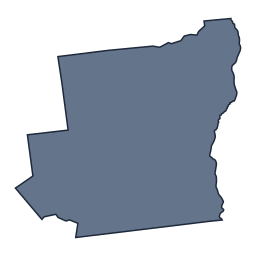 the district of Essex, New York, United States of America
{"feature_id": "52423323B12520146334260", "entity_name": "Essex", "entity_type": "district", "adm_level": 2, "iso_a3": "USA", "parent_name": "United States of America", "parent_adm1": "New York", "projection": "natural_earth1", "projection_center": [-73.449, 44.146], "detail": "fine", "context": "isolated", "style": "filled", "palette": "slate", "viewbox_px": 256, "rotation_deg": 0, "n_neighbors": 0, "source": "geoboundaries", "source_scale": "gbopen_adm2", "svg_char_len": 2127}
<svg xmlns="http://www.w3.org/2000/svg" viewBox="0 0 256 256"><path d="M27.4,134.8L32.9,176.0L15.4,188.1L41.9,219.4L44.2,216.8L55.8,214.3L58.1,217.5L66.0,221.0L69.5,219.9L77.9,223.3L75.7,237.5L209.5,221.3L222.2,220.0L221.9,219.4L221.4,218.7L219.8,217.6L219.4,216.7L219.3,216.3L219.9,214.3L220.3,213.5L221.7,212.1L222.8,211.6L223.4,210.7L223.7,210.0L223.7,209.7L223.4,209.3L221.9,208.0L221.6,207.3L221.7,206.2L222.2,204.7L223.3,202.1L223.4,201.7L222.9,200.4L221.3,197.5L218.6,194.2L218.3,193.5L217.5,190.4L216.1,186.9L215.9,186.0L216.5,181.7L216.3,176.6L215.3,174.4L215.0,173.2L215.0,172.4L215.3,171.5L216.4,164.6L216.4,163.3L216.1,162.2L216.1,161.9L215.4,160.4L214.6,159.6L213.4,159.0L212.7,158.8L211.7,157.4L211.1,157.1L209.8,156.1L209.6,155.4L210.8,150.4L211.2,148.1L211.4,146.0L214.2,140.6L215.3,136.9L215.2,135.6L214.8,133.3L214.3,131.8L214.3,131.4L215.2,130.1L216.0,129.7L217.0,128.3L217.2,127.9L217.8,125.3L218.0,123.4L218.7,122.4L218.7,122.1L218.5,121.6L218.3,120.9L218.4,120.2L218.6,119.7L219.8,118.7L220.0,118.2L219.7,116.1L219.8,115.6L220.2,115.2L220.9,115.1L221.2,115.0L221.6,113.9L222.5,113.3L223.1,113.1L223.7,112.5L224.1,111.9L225.9,110.8L226.0,110.3L226.8,108.7L227.4,107.8L227.4,106.9L227.5,106.7L228.3,106.0L228.5,104.8L230.2,103.7L230.0,102.7L231.4,102.3L232.0,101.9L232.7,101.0L233.0,101.0L234.0,101.2L235.0,99.6L235.7,97.3L236.4,95.6L236.5,95.3L236.9,92.8L236.6,91.3L235.7,89.2L234.5,85.4L234.1,83.1L234.0,80.6L234.1,78.9L234.1,76.6L233.9,75.3L233.5,74.0L233.4,73.7L231.8,70.3L231.7,68.2L232.0,66.1L232.7,65.1L234.8,63.3L235.6,62.4L236.0,61.7L236.6,60.0L237.0,57.8L240.1,50.8L240.6,48.3L240.6,48.1L240.6,47.5L240.3,46.0L239.2,43.6L239.5,41.1L239.5,39.1L239.3,37.6L238.3,35.2L238.2,33.4L237.8,31.2L236.5,29.3L235.1,28.0L234.8,27.5L234.6,26.8L234.7,25.9L234.7,25.7L234.5,24.4L234.1,23.9L233.1,23.5L232.9,23.3L232.7,22.8L232.6,21.9L232.4,21.5L230.8,19.5L230.8,19.1L230.9,18.5L204.0,21.0L204.7,25.9L198.7,31.4L196.9,35.1L190.4,34.5L184.3,36.0L180.8,40.7L171.3,43.7L168.4,42.6L159.7,47.3L152.9,46.1L107.9,50.4L57.9,56.6L62.0,83.7L68.1,130.1L27.4,134.8Z" fill="#64748b" stroke="#1e293b" stroke-width="1.5"/></svg>